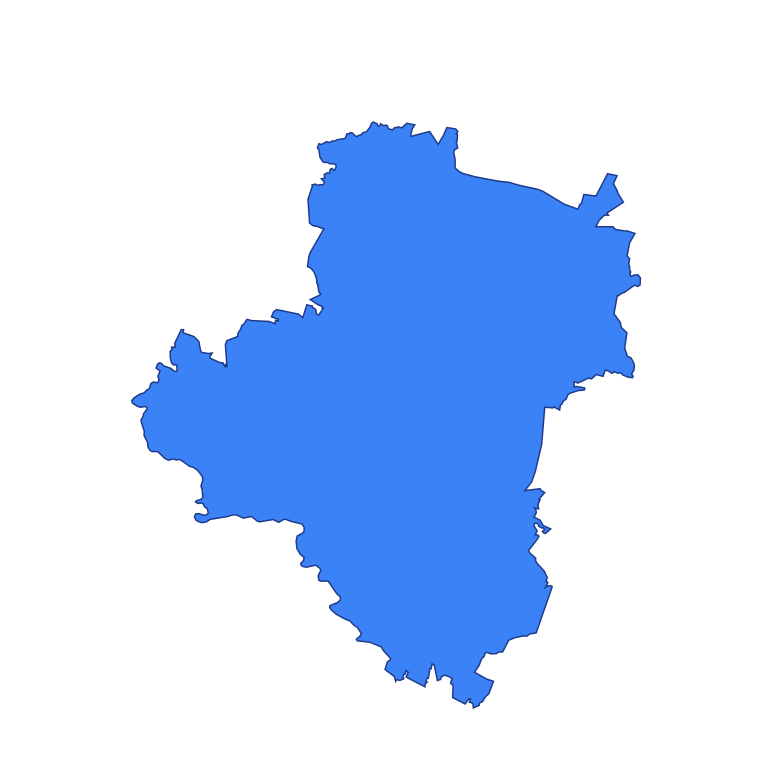 outline of Valle de Santiago, Guanajuato, Mexico, rotated 290°
{"feature_id": "50627088B5903999082745", "entity_name": "Valle de Santiago", "entity_type": "district", "adm_level": 2, "iso_a3": "MEX", "parent_name": "Mexico", "parent_adm1": "Guanajuato", "projection": "orthographic", "projection_center": [-101.283, 20.397], "detail": "fine", "context": "isolated", "style": "filled", "palette": "blue", "viewbox_px": 768, "rotation_deg": 290, "n_neighbors": 0, "source": "geoboundaries", "source_scale": "gbopen_adm2", "svg_char_len": 6171}
<svg xmlns="http://www.w3.org/2000/svg" viewBox="0 0 768 768"><g transform="rotate(290 384 384)"><path d="M243.1,218.6L240.2,229.5L240.5,232.9L239.2,238.3L234.8,245.1L231.4,246.6L225.6,246.9L222.5,249.3L215.5,252.5L212.9,251.4L210.1,247.6L208.8,247.1L208.0,249.7L209.8,253.3L209.5,255.0L207.2,257.6L206.3,260.7L202.7,263.0L200.7,262.3L199.3,260.6L198.8,254.1L197.5,251.5L194.3,251.3L191.6,254.1L191.2,258.7L191.7,261.1L193.9,264.5L197.3,266.9L206.0,282.4L208.8,286.0L210.5,289.9L209.9,297.8L214.2,304.8L211.9,311.5L211.9,314.1L218.7,326.2L218.0,332.4L222.3,335.9L223.3,338.1L223.1,343.1L224.3,354.9L221.9,358.1L218.2,359.3L216.0,358.5L211.4,354.4L206.2,355.2L199.5,358.5L195.2,363.8L193.7,368.3L190.6,368.7L187.1,367.2L185.5,367.8L184.8,369.7L185.2,373.6L190.4,381.8L188.7,387.2L187.2,388.3L181.1,387.8L177.2,390.0L177.1,391.9L179.7,398.9L170.8,411.3L169.4,415.1L168.2,416.3L165.9,416.7L162.8,415.1L157.2,409.0L155.8,409.2L154.0,411.0L151.4,417.6L149.9,426.7L149.6,433.2L147.2,437.9L146.2,442.0L141.8,448.1L138.9,447.7L134.8,445.3L133.5,446.6L136.5,459.0L136.0,471.4L133.4,474.5L128.3,484.1L127.1,484.3L124.1,482.2L116.1,482.6L112.7,493.7L108.6,496.7L110.5,497.0L110.9,500.2L113.4,503.2L114.3,503.2L115.3,501.8L117.6,502.0L118.8,503.1L121.9,502.8L121.4,503.5L122.0,504.5L121.0,505.4L116.6,504.9L116.1,505.4L113.5,526.1L116.0,525.2L118.6,526.5L118.6,525.1L122.5,525.1L122.7,526.3L132.2,524.5L132.5,525.7L137.4,524.9L137.1,527.4L123.6,535.6L125.8,538.3L128.2,538.0L131.1,540.4L131.3,545.4L130.4,548.7L125.7,548.9L124.3,552.1L112.8,555.7L111.1,569.7L116.8,571.1L117.7,572.9L114.1,573.0L114.5,574.8L113.7,577.2L110.2,578.7L114.6,583.4L116.0,582.8L118.0,583.6L118.9,585.1L124.7,586.3L128.8,588.4L142.1,588.6L141.8,581.7L144.1,567.7L152.0,569.6L159.0,569.7L162.4,571.2L165.7,571.0L166.9,572.2L167.0,576.7L169.1,581.9L171.3,583.3L172.8,587.1L186.0,588.9L190.8,594.3L194.8,600.9L196.2,604.7L199.0,606.3L202.1,612.1L251.0,611.4L251.6,609.5L250.2,606.9L248.0,605.2L253.5,605.9L254.0,603.6L257.8,603.7L262.9,598.7L268.0,588.9L270.3,586.5L272.2,586.2L274.8,579.4L276.8,576.7L289.0,580.7L294.0,581.7L294.7,579.4L294.0,577.6L298.4,578.1L302.1,573.3L304.6,573.3L305.5,575.6L304.6,577.6L303.3,577.9L302.7,581.7L303.2,583.2L302.3,584.7L299.7,583.3L298.5,585.3L298.8,586.8L304.8,590.2L305.4,582.1L309.4,577.3L310.2,570.6L315.0,571.1L317.6,569.9L319.1,567.8L319.5,572.0L323.5,569.9L328.7,570.2L328.8,569.0L336.9,572.2L337.8,567.7L339.0,566.5L332.0,552.9L342.4,556.2L353.6,556.1L381.1,552.8L417.1,543.0L419.4,551.0L420.6,551.6L419.6,557.9L424.3,557.0L425.5,557.9L429.2,558.3L432.1,560.3L436.6,560.4L438.7,561.7L444.1,568.5L446.8,574.2L448.6,574.3L448.9,573.4L447.5,565.7L446.1,563.6L451.1,562.1L451.6,563.7L451.1,565.7L459.5,574.1L459.8,577.2L465.5,580.3L466.1,587.2L472.6,587.1L473.1,590.5L472.0,594.3L474.3,596.7L474.2,600.2L475.6,602.8L474.2,605.1L473.9,611.0L474.9,615.4L476.5,615.4L478.1,613.2L482.1,614.1L486.7,613.1L488.9,611.7L492.9,607.4L493.4,603.1L500.1,597.9L515.2,594.7L518.3,587.6L522.6,585.1L528.7,576.1L547.0,572.9L547.1,574.2L549.8,575.7L552.5,578.7L561.3,584.7L562.7,586.3L562.4,589.0L564.7,590.8L571.3,588.7L573.5,585.4L571.7,581.5L569.9,579.7L570.0,578.3L572.8,577.2L573.5,577.6L576.3,575.1L577.6,575.1L580.7,572.8L585.6,572.1L587.5,568.6L600.6,566.5L611.3,568.4L611.0,559.8L610.4,559.4L608.4,548.4L610.1,545.5L604.3,529.2L611.3,530.2L618.0,533.3L619.4,537.1L620.9,535.0L636.7,546.8L643.1,538.7L645.3,537.1L650.8,531.0L659.4,531.8L658.1,522.2L633.1,518.9L630.5,507.0L621.3,507.8L619.6,506.6L614.6,506.4L614.6,491.8L619.4,467.6L619.5,461.9L616.8,441.7L616.3,432.7L613.6,421.6L609.9,398.9L608.8,385.8L609.4,381.9L611.3,377.0L619.6,373.9L625.3,370.4L628.0,370.1L631.0,372.5L636.0,369.2L636.9,369.7L642.7,368.0L643.9,367.4L643.8,366.3L646.5,367.0L648.2,364.2L646.5,355.4L638.2,354.9L627.7,352.9L636.9,340.5L626.0,324.8L627.3,324.0L633.3,323.2L638.0,324.3L636.8,316.3L630.7,313.0L630.5,309.3L629.3,308.5L628.7,306.4L625.7,305.0L625.3,301.2L626.2,299.7L627.3,299.6L628.1,297.8L626.6,295.1L627.4,291.8L625.1,291.8L624.2,290.3L626.2,288.4L626.5,284.2L624.1,283.0L620.4,283.0L614.8,281.1L613.2,278.5L610.0,276.9L608.8,274.8L607.4,274.2L607.1,272.8L609.1,268.1L608.7,266.3L607.3,265.8L606.3,263.5L602.8,263.7L601.1,262.9L597.6,256.5L595.7,254.9L594.9,252.6L592.2,250.1L592.1,247.2L587.7,243.3L587.5,240.6L582.9,240.7L581.9,242.7L575.4,246.1L572.0,250.3L571.7,251.4L572.8,255.3L572.4,257.8L573.9,262.1L573.2,264.0L571.6,264.7L568.5,264.7L568.0,263.3L568.8,261.6L568.4,260.8L567.2,260.1L563.5,260.6L562.9,258.3L560.4,256.2L557.2,258.0L555.4,255.0L553.1,259.1L551.2,259.1L550.0,257.8L549.5,255.6L548.1,254.3L548.3,251.0L546.5,248.3L545.3,249.0L531.6,249.4L509.8,259.0L508.6,262.6L508.7,265.3L509.2,265.5L509.1,274.4L482.2,269.7L477.5,269.9L468.1,272.0L468.0,275.4L465.2,280.1L459.9,284.6L455.6,286.5L455.0,288.2L454.1,287.9L447.8,291.7L447.0,293.8L445.4,293.1L438.1,285.8L435.8,295.2L435.9,299.3L434.4,299.7L434.5,301.0L426.7,299.2L426.3,297.0L430.8,294.2L431.7,290.1L432.7,290.0L432.0,284.4L418.6,285.0L420.4,279.7L417.2,257.7L414.1,255.5L408.6,255.3L408.7,262.7L406.9,263.0L406.8,260.4L403.5,261.0L403.4,254.4L398.3,237.9L397.9,233.1L391.9,231.7L390.6,230.4L386.6,230.5L381.6,229.5L378.5,230.2L371.0,221.5L366.4,221.6L346.7,230.5L346.2,229.0L348.1,229.7L348.2,228.2L346.6,227.9L348.0,225.6L348.7,225.7L348.0,222.2L348.7,212.2L350.3,211.1L354.3,211.9L352.6,208.7L351.3,201.8L352.8,200.1L360.6,195.5L363.6,189.0L363.4,177.8L366.5,177.1L365.8,174.9L350.5,173.4L347.4,175.3L346.0,171.8L344.9,172.1L344.3,173.3L341.7,171.9L335.6,174.2L331.3,177.0L329.9,179.6L331.0,182.7L325.7,185.1L324.6,184.2L324.3,182.7L325.8,178.3L325.7,171.1L327.3,167.5L326.9,165.4L324.9,164.4L321.0,164.4L319.8,169.1L314.1,168.9L311.3,170.8L308.8,171.2L307.7,170.4L307.0,166.7L305.9,165.6L304.1,164.7L299.7,165.2L297.3,163.3L293.6,161.6L290.9,157.9L285.4,153.8L281.9,152.6L279.9,154.4L278.7,160.1L278.9,163.2L281.2,167.2L280.7,169.4L279.2,169.8L274.0,168.3L270.5,168.7L267.6,168.0L265.6,168.7L257.5,175.0L253.6,176.1L248.2,181.8L244.1,183.7L241.9,186.3L241.1,189.0L243.1,194.5L239.1,203.6L238.7,207.5L241.5,211.7L241.5,214.7L243.0,217.0L243.1,218.6Z" fill="#3b82f6" stroke="#1e3a8a" stroke-width="1.5"/></g></svg>